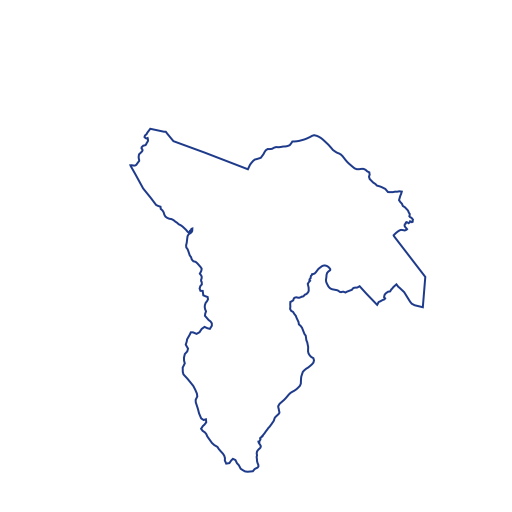 the district of Manacapuru, Amazonas, Brazil, rotated 231°
{"feature_id": "56859067B7943145025722", "entity_name": "Manacapuru", "entity_type": "district", "adm_level": 2, "iso_a3": "BRA", "parent_name": "Brazil", "parent_adm1": "Amazonas", "projection": "mercator", "projection_center": [-61.016, -3.277], "detail": "fine", "context": "isolated", "style": "outline", "palette": "blue", "viewbox_px": 512, "rotation_deg": 231, "n_neighbors": 0, "source": "geoboundaries", "source_scale": "gbopen_adm2", "svg_char_len": 6151}
<svg xmlns="http://www.w3.org/2000/svg" viewBox="0 0 512 512"><g transform="rotate(231 256 256)"><path d="M111.2,353.4L133.2,374.4L184.5,375.7L185.5,376.0L185.8,379.1L185.8,381.6L185.6,383.3L185.3,384.6L184.8,385.4L184.0,386.2L182.2,387.7L181.7,389.5L181.8,390.3L185.3,390.2L186.4,390.8L187.0,391.6L187.0,392.8L187.7,393.5L187.6,394.3L186.6,394.9L185.5,395.2L185.4,396.5L186.0,397.6L184.2,398.4L184.0,399.3L184.9,400.0L185.4,400.8L186.5,400.9L188.0,400.8L189.2,400.2L190.4,400.2L191.0,401.1L191.9,401.9L193.7,402.1L195.1,402.6L196.2,402.7L200.2,402.4L202.5,401.6L204.8,402.3L207.1,402.1L209.4,402.3L211.9,405.9L212.9,407.8L214.3,409.8L216.1,408.1L217.1,406.2L218.5,404.5L219.6,402.4L222.6,398.8L226.8,398.7L230.9,396.8L232.8,395.6L234.6,394.3L236.9,394.1L239.3,393.3L244.3,392.8L246.5,393.7L247.7,395.5L249.7,396.7L251.8,395.7L254.0,395.4L256.0,394.4L257.4,392.7L258.6,390.7L260.1,388.9L262.0,387.8L264.2,387.3L269.1,386.4L271.4,386.1L273.9,386.0L279.1,386.1L281.5,385.8L283.5,385.0L285.4,383.9L287.5,383.2L290.1,382.5L292.3,382.5L296.9,382.3L302.1,381.6L304.7,381.2L306.9,380.7L309.3,379.8L311.2,378.8L313.3,377.2L314.1,375.2L314.5,372.7L315.6,368.5L316.4,366.3L318.3,362.0L319.5,359.9L320.7,358.1L322.1,356.3L321.4,354.2L320.9,351.9L321.6,349.7L322.6,347.8L324.0,346.0L325.1,343.9L326.3,342.0L328.0,340.2L328.8,338.2L329.2,335.9L330.4,334.0L331.8,332.3L332.0,330.1L331.4,328.1L330.4,325.8L329.3,321.5L330.8,317.7L331.7,315.8L331.7,313.6L331.3,311.2L330.7,308.8L328.5,304.3L368.8,281.1L397.2,264.1L407.1,264.0L409.3,264.1L410.6,262.6L421.4,253.9L420.2,249.0L419.8,248.2L419.5,247.4L419.6,246.2L419.3,245.1L418.6,244.2L417.1,244.4L416.2,244.9L415.9,246.0L414.8,245.5L413.5,244.6L412.7,242.7L412.4,241.6L411.8,240.8L411.8,239.6L412.7,237.8L412.5,235.6L411.6,234.7L410.4,234.8L409.4,234.2L409.0,233.2L408.7,230.5L408.7,229.5L408.3,228.7L407.1,227.4L406.4,226.8L405.4,226.2L404.1,225.6L403.4,225.0L402.6,221.7L402.2,220.5L402.3,219.4L402.7,218.5L403.4,217.7L404.8,216.5L405.5,215.5L404.5,215.2L396.0,213.8L379.5,210.8L367.4,210.8L358.5,210.5L356.4,211.5L354.4,212.8L352.5,211.6L350.3,212.0L348.0,211.7L345.9,210.8L343.6,210.4L341.5,211.0L339.6,212.0L337.8,213.6L335.7,214.5L333.6,214.9L331.5,215.6L329.3,215.9L327.2,216.9L324.9,217.5L320.3,218.1L317.8,218.1L316.6,218.6L316.6,219.6L317.2,220.6L316.9,221.4L317.7,222.9L317.4,223.8L315.7,222.3L315.2,221.3L315.0,219.7L315.3,217.4L314.5,215.3L313.0,213.7L309.8,210.4L308.4,208.5L306.5,207.2L304.3,207.1L302.2,206.4L298.2,204.9L296.0,204.8L293.7,203.9L291.3,204.0L289.5,205.4L287.2,205.8L282.3,206.0L280.4,205.8L279.5,204.9L278.7,203.8L277.6,201.2L276.0,201.2L274.3,200.9L273.4,200.2L272.7,199.5L272.2,198.5L271.1,197.6L269.9,197.4L268.0,196.0L267.6,193.7L266.2,191.7L263.9,190.9L262.4,192.6L258.6,190.3L256.5,191.4L254.6,192.6L252.6,191.5L251.7,189.5L251.3,187.5L250.1,185.5L248.6,184.0L246.5,182.9L244.4,182.3L243.2,180.3L241.7,178.7L236.0,178.9L233.7,179.5L231.5,179.3L229.6,177.8L228.4,174.3L230.4,172.8L233.3,171.4L233.5,167.9L232.3,164.1L232.9,160.8L236.3,159.0L237.7,157.3L236.6,155.1L234.6,150.0L233.1,148.3L231.3,145.6L226.8,144.9L225.1,142.5L224.6,139.0L222.3,136.0L219.9,134.2L217.4,133.1L215.4,128.8L211.9,126.1L209.6,125.1L203.9,125.5L194.5,125.5L190.2,124.6L186.3,123.5L183.8,122.0L182.2,118.6L180.2,117.1L173.9,114.7L169.5,112.7L164.3,111.2L161.5,112.1L160.6,114.3L158.1,112.7L157.4,109.9L157.3,107.7L156.3,104.6L153.7,104.5L151.0,105.3L148.9,105.3L146.4,104.6L138.5,104.1L135.3,104.6L131.9,105.9L129.5,105.6L126.3,105.7L123.1,105.9L120.7,105.6L118.5,104.7L116.7,103.1L113.4,102.2L111.8,105.0L112.7,108.1L112.9,110.4L110.4,111.6L106.9,110.8L104.2,111.0L100.3,110.2L98.1,110.9L95.5,111.9L93.6,113.7L90.7,118.1L91.2,120.5L91.2,121.5L90.7,123.4L90.6,124.4L91.0,125.5L92.1,126.3L94.1,126.9L96.1,127.8L97.7,129.0L98.8,129.6L99.7,130.3L100.2,131.1L101.0,131.7L101.9,132.1L102.8,133.0L103.5,133.9L103.9,135.3L104.1,136.5L104.1,137.7L104.3,138.9L105.0,139.9L105.9,140.3L109.2,140.6L110.0,141.0L109.4,141.6L110.1,142.3L110.4,143.5L110.8,144.2L111.8,144.5L112.0,145.4L111.7,146.4L112.2,147.1L111.9,148.0L112.4,148.8L112.8,150.9L113.5,153.2L114.1,155.8L114.5,157.0L114.8,159.3L115.3,161.1L115.5,162.0L116.1,163.9L116.4,165.1L116.9,166.4L118.0,168.0L118.4,168.7L118.6,169.5L118.8,171.4L118.9,173.2L119.1,174.8L119.5,175.6L120.5,176.2L121.8,176.8L122.8,177.4L124.0,177.9L125.3,178.7L126.3,181.4L126.5,187.3L126.8,189.7L127.7,194.4L127.9,196.7L127.6,198.9L127.2,201.0L127.0,203.7L127.2,206.3L127.5,208.5L128.6,210.5L132.1,213.6L133.8,215.3L136.5,219.5L136.8,221.8L136.8,224.1L136.5,226.4L136.5,229.1L136.6,231.3L137.0,233.5L138.4,235.4L140.5,236.3L142.7,235.4L144.9,235.2L147.2,235.5L149.1,236.4L152.5,239.3L156.7,241.5L158.8,242.1L162.8,244.5L165.0,244.6L171.3,246.6L173.6,246.7L175.9,246.3L177.9,247.5L182.4,248.6L184.5,249.3L186.8,249.3L189.2,249.6L191.3,248.8L193.4,249.2L195.0,250.8L196.8,252.1L198.7,253.8L198.3,255.1L198.3,256.0L198.1,257.0L198.8,258.0L199.3,259.0L199.1,260.3L198.4,261.5L197.4,262.2L196.4,263.2L195.7,265.2L195.6,266.1L195.0,266.8L194.9,268.1L195.2,269.6L194.8,270.8L194.7,271.7L194.9,273.0L195.1,273.8L195.6,274.8L196.2,275.4L198.3,277.0L201.8,278.7L202.5,280.9L202.7,282.4L203.6,282.3L204.2,283.0L204.4,284.5L205.1,285.1L206.0,286.3L206.0,287.3L206.6,288.1L205.8,289.5L205.5,290.8L205.7,292.3L206.6,295.9L206.7,297.2L206.6,300.8L206.3,301.9L205.5,303.4L204.9,303.9L203.8,304.7L202.5,305.2L201.6,305.4L200.4,305.5L199.0,305.4L198.3,304.7L198.4,302.2L198.0,300.4L196.8,298.8L194.9,297.0L193.5,295.4L192.6,294.8L191.8,294.3L190.3,293.8L186.9,293.1L185.6,293.1L184.6,293.2L183.4,293.6L182.3,294.2L178.5,297.4L177.7,297.9L175.3,298.6L174.4,299.3L174.0,300.3L173.3,301.4L171.3,302.6L171.1,304.1L169.4,309.2L169.7,310.5L169.8,311.5L169.1,313.1L168.3,314.0L167.7,315.1L167.3,317.5L157.0,318.1L141.8,319.4L142.2,320.5L143.0,322.1L142.9,323.1L142.5,324.1L142.4,325.2L141.9,327.4L141.5,328.5L141.8,329.7L143.4,329.6L144.3,330.7L145.0,331.7L145.2,332.7L145.3,333.9L145.1,336.3L144.4,337.3L144.1,338.0L144.9,340.2L144.9,341.1L145.4,343.2L145.6,347.3L142.7,347.2L140.6,347.6L134.7,348.4L123.6,347.0L120.9,347.0L117.9,348.3L111.2,353.4Z" fill="none" stroke="#1e3a8a" stroke-width="2"/></g></svg>